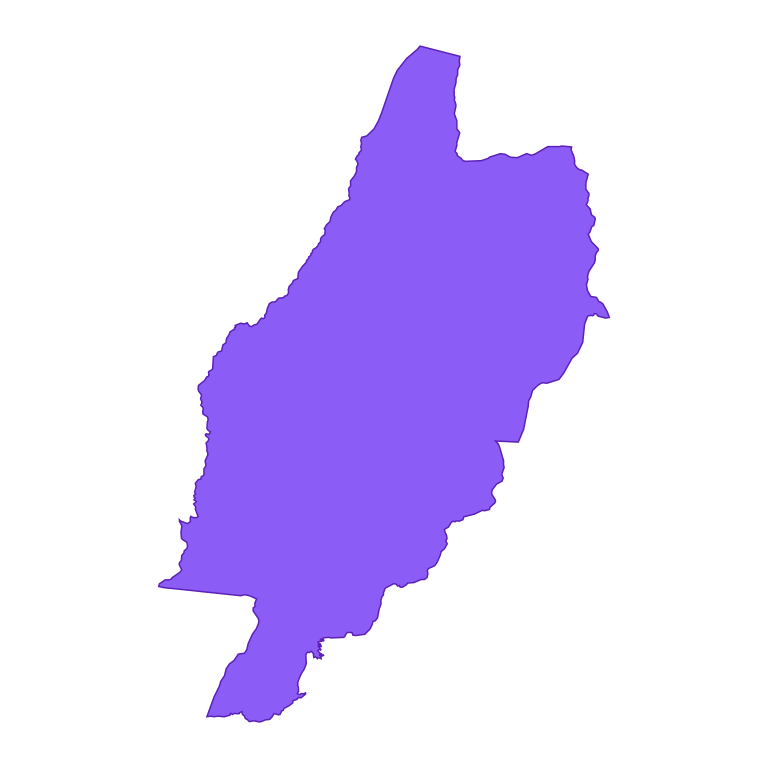 outline of Guachipas, Salta, Argentina
{"feature_id": "61730980B8942789897843", "entity_name": "Guachipas", "entity_type": "district", "adm_level": 2, "iso_a3": "ARG", "parent_name": "Argentina", "parent_adm1": "Salta", "projection": "orthographic", "projection_center": [-65.567, -25.704], "detail": "fine", "context": "isolated", "style": "filled", "palette": "violet", "viewbox_px": 768, "rotation_deg": 0, "n_neighbors": 0, "source": "geoboundaries", "source_scale": "gbopen_adm2", "svg_char_len": 6116}
<svg xmlns="http://www.w3.org/2000/svg" viewBox="0 0 768 768"><path d="M179.4,519.8L179.5,521.7L181.0,523.7L181.8,526.5L181.0,531.9L181.4,538.0L182.5,539.5L186.9,542.4L187.5,545.9L187.0,548.4L184.2,550.9L183.9,553.0L181.7,555.5L181.4,560.5L179.5,562.7L179.2,564.6L181.7,569.9L179.9,572.3L172.0,577.7L171.4,579.0L169.4,579.8L165.1,579.9L159.4,583.8L158.7,586.5L163.7,587.6L240.8,595.7L244.5,594.7L249.7,595.8L256.6,598.9L254.9,603.0L255.0,606.7L253.2,607.8L253.2,611.0L258.0,618.0L258.9,620.6L258.4,623.9L256.2,629.0L252.5,634.0L248.2,643.6L246.8,649.6L244.5,653.2L238.3,654.1L234.2,660.3L229.6,663.8L226.2,668.7L224.5,675.7L220.8,681.3L219.2,686.6L214.1,696.9L206.9,716.7L210.9,716.2L213.8,716.7L218.3,716.2L224.3,716.8L230.1,715.1L230.2,713.9L231.0,713.3L232.3,714.5L234.5,713.4L238.0,713.8L239.4,713.5L239.6,712.6L241.9,711.7L242.4,714.4L244.3,715.9L245.4,718.6L247.6,719.8L249.3,721.6L253.7,720.8L259.1,721.9L261.6,721.5L265.2,719.9L269.7,719.4L272.4,716.5L274.0,713.6L278.6,714.8L280.1,714.4L281.6,711.1L283.3,710.2L284.0,708.4L289.1,705.7L292.7,703.0L293.1,700.6L296.9,699.5L298.2,697.6L301.1,697.8L305.6,694.0L305.5,692.9L303.7,693.8L301.5,693.5L299.5,694.5L297.4,693.8L297.5,692.8L298.6,691.5L298.3,686.9L297.5,685.3L298.0,684.2L297.6,682.8L299.0,678.9L301.3,673.7L304.1,669.3L306.3,663.7L305.8,655.4L306.4,653.5L307.7,652.1L309.5,652.5L311.2,651.2L313.9,654.1L313.4,654.7L313.8,657.5L315.7,656.9L317.4,658.6L317.7,658.0L319.1,657.9L321.2,658.7L320.8,656.6L323.5,655.4L323.1,654.8L319.7,655.4L319.7,654.7L321.4,654.4L321.5,653.9L320.6,653.7L317.8,650.8L319.0,649.5L320.6,650.1L320.9,649.7L318.2,646.0L318.5,644.8L319.1,644.8L320.5,646.7L321.2,646.5L320.4,644.0L318.2,643.0L318.0,641.9L321.2,641.3L320.3,640.0L321.1,638.9L321.8,639.0L322.4,640.8L323.6,640.8L323.9,640.2L322.9,639.1L323.1,637.9L328.6,637.3L330.8,637.9L343.7,637.4L344.9,636.3L346.6,633.0L348.4,632.4L352.0,632.6L352.9,635.2L355.6,635.5L364.8,634.3L369.9,629.1L372.1,624.8L372.9,621.6L375.3,620.7L377.5,617.8L379.1,609.3L381.0,603.9L380.9,600.2L381.9,596.9L383.4,595.0L383.5,592.7L385.2,588.2L393.8,583.6L396.1,584.2L397.8,586.1L399.4,585.5L400.2,587.2L402.7,587.1L406.6,584.6L407.6,583.1L413.8,582.6L421.1,579.5L424.5,579.5L427.1,577.4L427.9,573.7L427.3,570.3L428.4,568.6L434.8,565.6L437.3,562.0L440.2,555.3L441.1,551.7L444.5,548.7L447.3,543.7L445.7,541.1L447.0,538.7L446.6,535.8L444.5,530.5L444.6,529.2L448.4,527.1L451.4,522.2L453.3,521.1L454.9,521.8L456.6,520.8L459.1,521.2L462.9,519.7L463.8,516.8L474.5,514.1L482.1,510.4L484.8,510.7L489.5,509.5L489.9,507.4L494.7,503.1L495.5,501.4L495.3,499.9L491.8,494.2L491.6,492.2L492.5,489.5L496.5,484.2L502.0,481.1L503.2,478.1L501.9,474.8L502.0,473.6L504.1,467.5L503.5,464.3L503.6,460.9L499.5,446.9L498.2,443.8L495.5,441.0L518.3,442.1L523.6,429.4L528.3,405.7L528.6,401.0L530.8,396.7L532.5,390.5L537.9,385.2L542.0,382.8L547.0,383.2L559.0,379.4L563.7,373.1L572.0,358.3L577.5,353.2L582.7,342.4L584.6,324.1L587.6,316.1L591.1,315.3L592.3,315.8L593.7,315.2L594.2,313.6L597.0,314.0L597.3,315.4L598.3,316.2L605.8,318.1L609.3,317.4L607.3,311.9L602.8,303.8L600.5,302.1L599.1,301.9L596.4,297.4L590.7,296.4L587.5,290.5L586.4,284.8L588.0,279.4L587.5,277.1L588.2,273.6L589.2,270.9L594.5,262.8L595.2,259.8L595.2,256.2L596.3,252.8L598.4,250.3L598.2,248.7L591.3,241.6L588.2,234.1L589.8,232.3L591.6,227.0L593.9,225.2L595.3,218.9L594.6,217.2L591.5,214.8L590.1,208.8L586.2,204.7L587.4,202.7L588.1,200.0L587.9,198.3L588.8,196.1L589.0,193.6L585.8,189.2L585.9,182.6L588.2,174.2L581.8,170.1L579.3,169.6L576.5,167.4L574.5,164.1L574.7,161.0L573.8,156.4L571.1,149.8L571.6,146.9L561.6,146.0L559.6,146.6L547.8,146.6L535.3,153.9L531.4,155.3L526.7,153.6L517.2,157.7L510.3,157.2L505.2,154.3L500.3,153.7L489.7,157.1L487.8,158.5L481.2,160.7L465.6,161.3L463.1,160.7L460.9,158.2L457.1,155.5L457.1,153.7L455.1,151.4L456.8,145.7L456.8,142.5L459.6,133.4L459.5,132.4L456.9,129.0L456.8,120.7L454.3,113.6L455.9,106.4L455.8,104.1L454.3,99.8L454.8,97.4L454.2,95.5L454.1,89.6L455.9,82.9L456.2,78.2L457.6,74.9L457.7,69.6L459.8,65.2L459.3,60.7L460.0,56.4L420.0,46.1L417.3,49.4L406.8,58.3L397.3,70.3L393.6,78.1L381.6,112.9L378.3,121.1L374.0,128.9L366.7,136.0L361.7,137.3L360.8,140.3L361.5,143.3L360.8,147.2L361.4,149.4L361.1,150.6L358.9,152.9L359.1,153.9L357.1,156.0L355.4,159.1L356.9,161.0L358.0,164.1L356.5,167.4L356.5,171.7L354.2,176.2L350.5,180.9L350.6,186.1L349.0,187.9L348.6,189.5L349.2,193.5L348.9,195.7L349.9,198.2L349.5,199.7L344.8,201.6L340.8,205.7L337.9,206.7L335.7,210.3L333.2,212.3L330.9,217.0L330.0,221.6L326.6,224.7L324.3,228.7L325.2,230.4L324.8,234.6L321.9,236.7L320.7,238.6L320.4,242.0L318.6,243.6L318.1,245.5L315.8,248.0L313.4,249.2L312.4,250.8L312.5,252.3L310.9,253.6L310.9,255.4L308.7,256.9L308.6,258.4L306.6,260.4L306.3,262.3L302.5,266.3L298.4,272.3L297.8,278.6L293.4,280.5L292.3,283.2L289.2,286.4L288.3,289.4L288.5,293.0L287.0,295.4L284.5,296.3L283.3,297.7L278.7,298.1L275.4,301.8L271.9,302.1L269.4,303.6L267.4,308.3L266.2,313.5L264.7,315.1L264.9,317.3L263.6,318.7L261.6,318.2L260.8,318.6L256.9,324.2L254.1,324.9L251.5,326.6L249.5,326.1L247.1,322.8L244.3,324.0L240.8,323.2L235.2,325.4L235.8,326.9L234.6,327.7L234.6,329.1L230.1,331.8L228.8,335.2L226.9,337.8L226.2,340.1L226.2,342.5L222.9,345.0L221.7,350.4L221.1,351.2L218.4,351.8L217.2,353.2L216.3,355.5L213.4,356.7L212.7,368.6L211.8,369.8L208.8,371.5L208.5,372.5L208.9,375.4L208.1,376.5L206.8,376.8L204.5,380.6L198.5,385.4L198.1,388.9L198.5,390.9L201.6,395.2L200.6,398.6L202.0,402.4L200.8,405.3L202.7,407.2L203.3,408.8L202.7,411.6L203.0,414.0L207.5,416.9L208.2,419.7L207.4,421.8L206.9,428.5L208.2,430.4L210.4,431.9L208.9,434.4L206.2,433.7L205.4,434.7L205.6,435.7L208.4,438.0L208.9,439.1L207.9,441.2L206.1,442.9L207.1,448.5L206.8,450.8L207.8,452.9L207.7,455.3L205.1,460.9L206.0,465.8L204.0,468.7L203.9,474.9L202.7,476.2L201.3,476.6L200.8,479.1L198.3,479.6L195.3,483.3L196.2,486.5L194.6,492.2L195.6,493.9L193.8,495.5L194.1,497.0L195.3,498.0L193.9,499.9L196.0,501.1L196.2,501.9L193.6,504.0L195.9,507.0L195.3,509.0L198.1,516.7L196.2,517.7L192.9,517.5L190.8,516.4L190.2,517.9L190.4,521.5L187.5,523.6L180.5,521.0L179.4,519.8Z" fill="#8b5cf6" stroke="#5b21b6" stroke-width="1.5"/></svg>